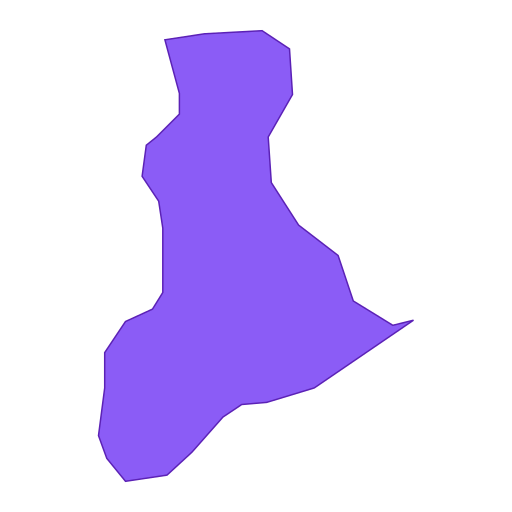 Guri-si, Gyeonggi, South Korea
{"feature_id": "91817680B5684950588758", "entity_name": "Guri-si", "entity_type": "district", "adm_level": 2, "iso_a3": "KOR", "parent_name": "South Korea", "parent_adm1": "Gyeonggi", "projection": "orthographic", "projection_center": [127.129, 37.591], "detail": "fine", "context": "isolated", "style": "filled", "palette": "violet", "viewbox_px": 512, "rotation_deg": 0, "n_neighbors": 0, "source": "geoboundaries", "source_scale": "gbopen_adm2", "svg_char_len": 556}
<svg xmlns="http://www.w3.org/2000/svg" viewBox="0 0 512 512"><path d="M164.9,39.8L179.4,93.4L179.4,114.1L156.6,136.9L146.3,145.2L142.1,176.3L158.7,201.2L162.8,228.2L162.8,292.5L152.5,309.1L125.5,321.5L104.7,352.6L104.7,377.5L104.7,387.9L98.5,435.6L106.8,458.4L125.5,481.3L135.5,479.8L167.0,475.1L191.9,452.2L223.0,417.0L241.7,404.5L266.6,402.4L314.3,387.9L413.5,320.2L392.8,325.3L353.3,301.0L338.1,255.5L298.6,225.1L271.3,182.6L268.2,137.0L292.5,94.5L289.5,48.9L262.1,30.7L204.4,33.8L164.9,39.8Z" fill="#8b5cf6" stroke="#5b21b6" stroke-width="1.5"/></svg>